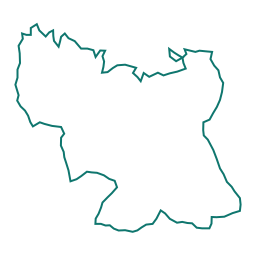 Rafard, São Paulo, Brazil (Natural Earth projection)
{"feature_id": "56859067B95573729606060", "entity_name": "Rafard", "entity_type": "district", "adm_level": 2, "iso_a3": "BRA", "parent_name": "Brazil", "parent_adm1": "São Paulo", "projection": "natural_earth1", "projection_center": [-47.586, -23.044], "detail": "fine", "context": "isolated", "style": "outline", "palette": "teal", "viewbox_px": 256, "rotation_deg": 0, "n_neighbors": 0, "source": "geoboundaries", "source_scale": "gbopen_adm2", "svg_char_len": 1812}
<svg xmlns="http://www.w3.org/2000/svg" viewBox="0 0 256 256"><path d="M182.5,57.6L183.4,62.9L185.7,68.6L177.3,71.6L169.9,73.3L163.5,75.4L157.9,72.7L149.2,76.8L143.7,73.0L140.7,81.2L137.5,77.1L133.0,73.0L136.1,67.8L125.1,64.7L117.3,65.3L112.9,68.0L107.6,72.1L102.0,72.7L103.4,67.0L104.1,61.5L102.5,56.2L105.1,50.7L100.2,50.5L95.6,57.0L93.4,50.2L87.4,48.6L81.1,48.6L74.7,41.1L68.5,38.2L64.8,33.5L61.1,36.8L60.0,41.7L58.6,46.7L54.0,40.9L53.3,36.0L53.1,30.4L49.2,32.4L45.7,36.5L39.3,30.4L36.8,24.2L30.8,28.0L30.8,34.9L26.5,34.9L22.1,33.5L22.8,38.8L18.6,45.8L19.7,53.3L20.0,63.1L17.5,69.6L17.5,77.7L15.4,84.7L18.6,95.2L17.2,100.6L20.6,106.4L25.0,110.6L28.1,115.7L30.3,122.1L32.9,126.4L39.8,122.3L44.4,123.9L52.0,125.9L61.1,127.0L64.2,133.7L61.1,137.7L60.9,145.6L63.7,151.9L64.3,157.2L66.0,162.4L68.5,170.4L70.5,181.3L76.6,179.2L81.2,176.1L86.9,171.7L91.7,172.4L97.0,172.8L103.9,175.3L109.2,178.9L114.7,180.8L117.0,187.3L111.9,193.1L107.6,197.3L102.5,202.5L101.1,207.4L98.6,213.7L95.7,218.6L95.4,223.9L101.0,223.9L105.5,225.5L109.8,225.3L113.8,228.6L118.6,230.5L125.1,230.2L132.7,231.8L137.4,230.4L141.6,227.4L146.2,224.6L152.6,223.9L156.5,218.6L160.7,210.4L165.1,213.4L169.8,218.8L177.0,222.7L182.3,221.9L187.4,223.0L192.1,223.3L196.7,227.7L201.8,228.3L209.4,228.3L211.5,223.6L211.7,217.0L216.5,217.2L224.3,216.7L232.6,213.1L239.9,210.9L240.6,204.6L239.9,198.1L234.5,191.3L231.7,186.8L226.9,181.9L223.6,174.2L220.0,168.5L216.7,158.9L213.3,150.0L207.8,139.6L203.8,135.5L203.2,130.2L203.4,122.3L209.6,119.6L213.1,113.2L216.9,106.9L220.0,99.9L222.0,92.0L223.2,82.9L220.0,77.4L218.4,70.3L214.2,65.6L210.5,59.1L212.1,51.9L205.5,51.3L199.5,50.7L195.4,51.9L184.6,49.3L186.4,54.0L182.5,57.6ZM182.5,57.6L178.6,55.4L174.2,52.6L169.2,48.9L169.9,56.5L176.1,61.2L182.5,57.6Z" fill="none" stroke="#0f766e" stroke-width="2"/></svg>